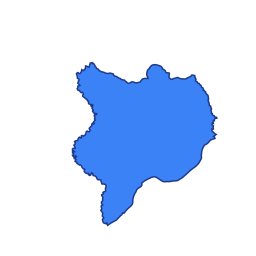 Itapagipe, Minas Gerais, Brazil (Natural Earth projection), rotated 315°
{"feature_id": "56859067B87916388852048", "entity_name": "Itapagipe", "entity_type": "district", "adm_level": 2, "iso_a3": "BRA", "parent_name": "Brazil", "parent_adm1": "Minas Gerais", "projection": "natural_earth1", "projection_center": [-49.437, -19.757], "detail": "fine", "context": "isolated", "style": "filled", "palette": "blue", "viewbox_px": 256, "rotation_deg": 315, "n_neighbors": 0, "source": "geoboundaries", "source_scale": "gbopen_adm2", "svg_char_len": 5820}
<svg xmlns="http://www.w3.org/2000/svg" viewBox="0 0 256 256"><g transform="rotate(315 128 128)"><path d="M77.6,101.8L77.3,102.9L77.0,104.2L76.4,105.0L75.6,104.3L74.8,103.6L73.7,103.6L73.1,104.6L73.3,105.7L73.4,107.0L72.5,106.5L72.1,105.5L71.2,106.4L71.1,107.9L70.4,108.6L69.5,108.0L69.2,109.1L69.6,110.1L70.3,110.5L71.3,110.6L71.2,111.8L70.1,111.7L68.8,110.9L68.3,111.8L69.1,112.5L69.0,113.5L68.0,113.9L67.0,114.0L67.1,114.9L67.7,116.0L66.9,116.9L67.2,118.2L67.5,119.9L68.4,120.6L68.3,121.8L67.9,122.7L67.6,123.9L67.5,125.2L68.2,126.4L67.4,127.1L66.5,127.5L66.2,128.4L66.2,129.6L66.7,131.1L67.8,132.0L67.9,133.3L67.1,133.2L67.2,134.3L68.4,134.9L69.5,134.3L70.7,134.0L70.9,135.2L70.3,135.9L69.8,137.0L70.6,138.2L70.9,139.3L70.9,140.2L70.6,141.1L70.1,142.2L70.3,143.5L71.3,144.4L71.9,145.5L71.3,146.6L70.6,147.8L70.0,149.1L70.9,150.1L71.5,151.0L72.1,151.8L71.9,152.9L71.1,154.0L70.1,154.4L69.1,154.9L68.3,155.9L67.7,156.8L66.9,156.7L65.9,156.1L64.7,155.8L64.1,157.1L63.1,156.9L62.1,156.6L61.6,157.3L61.5,158.4L61.0,159.6L59.9,160.2L59.0,161.2L57.9,161.7L56.9,161.6L56.2,162.2L55.8,163.1L55.8,164.5L54.7,164.3L53.8,164.2L53.1,165.2L52.6,166.4L51.5,166.8L50.5,167.1L50.3,168.5L50.2,169.5L49.7,170.7L48.5,171.3L47.5,172.2L47.6,173.4L47.2,174.5L46.2,174.4L45.4,174.5L44.7,175.3L44.2,176.2L43.8,177.0L43.7,178.1L44.1,179.0L44.7,180.0L45.9,180.2L45.2,181.2L44.7,182.4L48.9,183.2L54.9,184.9L61.2,184.7L62.1,185.0L63.2,184.6L64.5,184.4L64.8,185.4L70.0,184.9L72.7,185.0L73.9,185.2L76.3,185.1L77.2,184.9L78.7,184.0L81.1,181.8L82.4,181.0L84.1,180.1L86.4,179.2L88.2,178.8L90.3,177.9L91.3,177.8L92.6,177.8L95.1,178.4L96.0,178.5L96.9,178.4L97.9,177.7L98.8,176.7L102.3,177.1L105.4,178.0L109.7,179.5L111.4,180.5L112.3,181.2L113.3,183.2L114.1,187.4L114.6,189.7L115.2,191.1L116.7,192.7L117.4,193.1L118.7,194.6L119.4,195.2L123.3,198.0L124.7,199.4L125.9,200.2L128.5,200.9L131.2,201.5L137.1,201.9L138.2,202.0L141.7,202.0L147.1,202.7L148.3,203.0L152.7,203.0L156.9,201.9L158.2,201.4L159.2,200.8L160.1,199.5L163.8,196.6L165.0,195.8L166.6,195.1L168.9,194.4L169.9,194.3L170.8,194.4L172.6,195.0L173.5,195.1L177.8,194.9L179.4,195.5L180.3,196.0L182.1,196.9L182.7,195.7L182.5,194.5L183.7,194.7L184.8,194.8L185.8,194.9L185.4,193.8L185.4,192.3L185.4,191.1L185.1,190.0L185.7,188.9L186.4,188.1L186.9,188.9L187.8,189.1L188.5,187.9L189.9,186.8L189.5,185.3L190.3,184.6L191.0,184.1L191.6,185.2L192.3,184.0L193.1,183.2L194.2,184.0L195.0,182.9L195.8,182.9L196.8,183.1L197.7,183.9L198.2,183.1L197.2,181.7L197.6,180.3L197.0,179.0L197.1,178.0L197.8,177.4L197.5,176.4L198.2,175.9L198.7,175.0L199.1,174.0L200.0,173.9L200.9,173.1L201.0,172.1L201.9,171.0L201.5,169.5L202.3,168.6L203.0,167.7L203.2,166.7L203.9,166.0L204.3,164.9L205.4,164.6L205.9,163.8L206.7,162.8L207.6,161.5L207.5,160.1L207.7,159.1L207.8,157.9L208.5,157.2L208.3,156.3L208.5,155.2L207.9,154.5L208.8,153.8L209.3,152.7L208.9,151.1L209.5,150.0L209.7,149.0L209.4,148.0L209.8,147.0L209.5,146.1L209.0,145.3L209.6,143.9L209.0,142.6L209.7,141.9L210.6,141.6L210.7,140.6L211.3,139.9L211.7,138.7L212.3,138.1L211.6,137.0L211.1,136.2L210.4,135.6L209.6,135.8L208.6,135.8L207.2,135.3L206.0,134.8L205.2,134.4L204.0,134.3L202.7,133.5L202.1,132.6L201.3,132.0L200.5,131.0L199.8,129.7L199.3,128.9L199.0,127.5L197.9,126.7L196.9,126.4L196.1,125.7L195.0,125.1L193.9,125.0L193.2,124.3L192.6,123.1L192.6,122.1L193.0,121.2L193.5,120.5L194.5,119.7L195.5,119.0L196.0,118.3L195.2,117.2L194.4,116.4L194.2,115.3L194.7,114.2L194.9,113.0L194.5,111.8L194.2,110.5L194.8,109.3L194.9,107.6L194.4,106.4L193.8,105.2L193.0,103.9L192.5,103.0L191.8,102.2L190.8,101.4L189.8,100.8L189.0,100.5L187.4,100.5L186.4,100.6L185.6,100.9L184.8,100.9L183.9,100.9L182.7,101.0L181.5,101.6L180.6,102.2L179.7,102.9L179.0,103.5L178.5,104.3L178.1,105.2L177.9,106.3L177.1,107.1L176.2,106.2L175.6,105.4L174.6,104.6L173.4,103.8L172.3,103.6L171.4,103.7L170.5,103.8L169.3,104.0L168.4,103.9L167.4,103.0L166.4,102.4L165.6,101.9L165.1,101.2L164.7,100.1L164.3,99.2L163.7,98.4L162.6,97.7L161.3,97.6L160.2,97.0L159.5,95.9L159.5,94.5L159.2,92.9L159.4,91.7L158.5,90.6L157.8,89.3L157.5,88.5L157.5,87.4L156.9,86.5L156.7,85.4L156.4,83.9L155.9,82.8L155.3,81.9L155.2,80.6L155.8,79.4L155.2,78.2L154.6,77.2L154.1,76.4L153.3,75.9L152.5,75.6L152.0,74.8L151.5,74.0L150.8,73.3L150.5,71.8L149.8,70.7L149.1,69.6L148.6,68.3L148.3,66.9L148.5,65.5L148.2,64.4L147.9,63.5L148.4,62.6L148.3,61.3L148.9,60.2L149.0,59.2L149.3,57.9L148.6,57.3L148.9,56.4L147.9,55.9L147.1,55.3L146.5,56.0L145.5,56.3L144.6,56.8L143.4,57.5L142.9,56.3L142.6,55.2L141.9,54.1L141.0,54.9L140.2,55.6L139.0,56.1L138.3,55.6L137.3,56.0L136.6,55.3L136.6,54.1L135.6,54.6L134.6,55.3L133.4,55.4L132.4,55.6L131.8,54.8L131.9,53.5L130.9,53.1L130.0,53.0L129.4,54.0L128.9,55.1L128.3,56.2L127.4,57.0L127.6,57.9L127.8,59.0L127.1,59.7L126.1,59.7L125.2,60.4L124.2,60.8L124.1,61.9L124.2,62.8L124.1,63.9L123.1,63.5L122.2,62.9L121.1,64.0L119.9,64.2L119.5,65.2L119.4,66.3L120.2,67.1L119.8,68.9L119.9,70.1L121.0,70.5L120.9,71.8L120.3,72.5L119.3,72.7L118.4,73.4L118.6,75.1L118.9,76.4L118.6,77.3L119.2,78.0L119.2,79.3L118.5,80.0L119.0,81.2L118.1,82.0L117.4,82.9L117.8,84.2L118.3,85.5L119.3,86.0L119.3,87.0L118.3,87.1L117.6,86.1L117.2,87.1L117.7,88.3L116.4,88.7L116.3,90.0L115.8,91.0L114.9,90.9L114.6,91.8L114.9,92.9L114.2,93.9L114.5,94.8L115.6,94.9L115.9,96.0L114.9,96.0L113.7,95.3L112.7,95.5L112.4,96.7L111.8,97.5L110.7,97.9L110.6,99.3L109.4,99.2L108.0,99.4L107.0,99.6L107.3,100.8L106.2,100.6L105.5,99.6L104.7,99.9L104.1,100.8L103.1,100.7L102.0,100.7L101.1,100.6L100.0,101.1L99.8,102.9L98.8,103.1L97.7,103.2L97.4,102.2L97.0,101.3L95.8,101.1L94.9,101.7L94.0,102.4L92.8,102.6L91.7,102.4L90.6,102.1L90.3,100.8L89.4,100.6L88.6,101.2L88.0,102.0L87.3,101.2L87.1,100.1L86.0,100.1L85.1,100.4L84.3,100.8L83.5,101.3L82.7,100.5L81.4,99.9L80.4,99.9L80.4,101.1L79.3,101.7L78.6,102.1L77.6,101.8Z" fill="#3b82f6" stroke="#1e3a8a" stroke-width="1.5"/></g></svg>